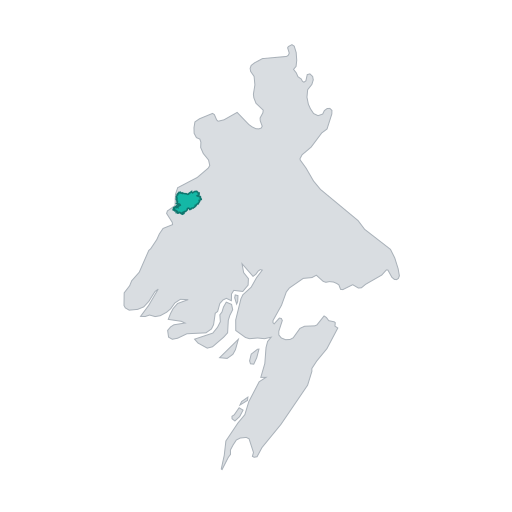 Chuadanga, Khulna, Bangladesh shown in context, rotated 42°
{"feature_id": "16705992B19758630986204", "entity_name": "Chuadanga", "entity_type": "district", "adm_level": 2, "iso_a3": "BGD", "parent_name": "Bangladesh", "parent_adm1": "Khulna", "projection": "orthographic", "projection_center": [88.863, 23.601], "detail": "fine", "context": "in_parent", "style": "filled", "palette": "teal", "viewbox_px": 512, "rotation_deg": 42, "n_neighbors": 0, "source": "geoboundaries", "source_scale": "gbopen_adm2", "svg_char_len": 8515}
<svg xmlns="http://www.w3.org/2000/svg" viewBox="0 0 512 512"><g transform="rotate(42 256 256)"><path d="M180.2,357.6L180.1,346.2L172.6,323.6L172.9,321.1L171.3,310.2L169.4,304.2L168.5,297.7L173.0,288.5L171.2,287.0L161.1,284.2L160.0,281.8L162.1,272.7L154.9,264.1L152.1,257.6L159.8,236.9L161.7,222.5L161.1,219.7L156.5,216.4L148.2,215.1L142.3,212.4L138.9,208.3L136.0,206.7L132.5,207.9L127.9,206.2L124.1,202.2L120.9,197.2L122.2,191.8L128.3,179.1L130.5,178.8L135.7,181.2L137.7,181.2L141.1,176.2L145.9,161.9L162.6,163.1L166.6,162.7L170.7,161.5L173.0,159.7L174.3,157.4L173.8,155.4L168.7,152.7L166.7,150.7L165.3,145.0L163.8,142.8L153.8,142.5L148.6,139.9L145.8,137.5L140.7,129.6L134.4,123.8L128.5,122.4L126.1,120.5L124.9,117.6L125.7,113.3L128.7,105.0L145.2,87.2L145.7,85.3L145.0,83.0L140.2,80.1L139.9,78.7L141.3,74.9L144.0,74.5L149.7,77.9L155.4,83.4L158.9,88.3L159.0,92.2L163.5,93.0L167.2,94.7L171.1,94.2L173.6,95.1L175.3,94.8L175.9,92.5L172.7,86.9L174.2,84.6L178.0,84.7L180.7,86.8L182.7,91.1L183.1,97.8L187.6,103.9L193.4,108.2L198.0,110.2L203.5,111.6L208.2,110.2L210.6,105.9L209.5,102.2L210.2,98.8L212.1,96.9L215.0,97.0L217.3,99.7L223.8,114.1L222.5,120.6L224.1,138.2L222.5,149.9L223.6,154.3L224.7,155.1L234.4,157.2L248.6,161.8L259.4,163.4L308.2,161.4L318.9,163.5L351.5,161.1L360.4,164.6L370.2,170.4L375.8,174.8L376.8,177.3L376.3,179.5L374.5,180.8L371.2,180.9L363.4,178.2L362.2,179.1L362.2,186.0L356.4,203.7L355.6,209.1L353.5,211.3L347.1,212.6L343.0,222.9L341.2,224.2L336.9,222.0L334.3,222.4L331.0,223.5L327.7,225.9L325.5,228.8L322.9,229.9L313.7,229.9L312.0,234.6L306.1,241.0L302.2,257.5L302.6,262.5L307.9,275.5L311.8,292.5L313.2,294.2L314.9,294.3L314.9,286.5L316.6,285.5L318.7,286.3L323.3,296.7L325.8,299.4L329.6,300.0L334.0,298.4L337.2,295.2L338.4,291.9L337.1,280.4L339.1,275.7L346.4,268.6L347.4,266.5L346.7,255.0L349.5,254.6L353.3,255.4L358.1,252.6L359.5,252.5L361.6,255.3L365.0,254.8L370.7,277.4L371.4,293.4L372.8,302.3L374.7,304.3L380.8,317.5L387.2,364.5L388.6,394.3L391.1,404.5L389.3,406.8L387.4,407.3L385.6,403.7L373.2,396.5L370.2,397.3L366.1,401.8L364.5,405.9L365.4,411.7L366.8,417.3L369.8,420.5L370.1,424.0L373.7,437.4L372.7,437.5L365.8,425.4L357.4,413.6L354.3,392.1L353.9,381.4L348.1,369.0L342.5,347.3L344.6,339.5L340.8,343.0L334.5,330.0L324.7,317.3L321.8,311.7L321.6,306.2L317.6,311.8L312.1,315.8L306.5,321.8L302.7,323.6L290.8,324.9L283.7,317.1L273.5,298.0L272.2,293.7L273.3,282.4L270.9,271.7L270.1,262.3L268.3,263.2L267.7,265.8L268.1,269.7L267.4,273.1L250.8,271.1L257.9,276.6L265.5,277.9L269.6,282.9L269.9,291.2L262.5,296.4L263.2,300.6L267.6,305.7L262.3,307.3L260.9,310.7L260.9,315.5L264.6,322.9L264.0,325.8L270.4,335.4L271.7,340.0L270.2,346.6L256.7,360.0L252.8,369.5L249.5,373.9L245.3,374.8L240.1,370.4L240.0,365.8L241.0,362.1L248.1,353.3L244.2,354.5L233.2,361.8L231.0,356.0L229.6,350.5L229.5,343.8L234.8,333.8L228.8,338.8L227.1,345.1L227.9,352.4L227.2,357.6L224.8,364.4L221.6,368.5L216.4,371.1L214.1,375.2L210.6,378.1L209.3,364.5L205.5,346.0L204.7,350.0L206.7,361.4L206.6,368.9L203.8,374.8L198.0,381.1L193.6,382.0L191.0,381.1L182.7,371.6L182.0,362.6L180.2,357.6ZM281.4,357.1L271.2,359.5L266.0,358.9L275.5,342.2L275.1,334.7L273.5,328.7L268.5,323.9L268.2,320.4L266.0,315.7L264.8,310.2L270.2,308.3L274.6,311.5L276.3,317.7L278.5,322.4L286.3,332.1L286.3,338.0L284.4,352.6L281.4,357.1ZM303.1,351.4L297.0,355.9L298.6,329.7L303.4,339.4L304.6,344.5L303.1,351.4ZM326.7,337.9L324.0,339.8L321.4,338.2L318.1,332.1L319.5,324.3L320.5,323.2L324.6,331.1L326.7,337.9ZM350.7,392.7L347.1,393.0L345.4,391.2L346.1,388.6L345.0,380.1L349.5,379.2L351.3,386.2L350.7,392.7ZM346.3,369.0L343.8,377.5L342.7,373.8L344.4,366.3L346.3,369.0ZM272.8,302.0L273.8,304.7L268.1,301.3L266.6,298.8L269.1,297.5L272.8,302.0Z" fill="#d9dde1" stroke="#a8b0b8" stroke-width="1"/><path d="M178.1,255.5L177.6,254.6L177.7,253.7L177.5,253.3L177.5,253.0L177.4,252.9L176.9,252.8L176.6,252.8L176.5,252.7L176.8,252.4L177.1,251.5L177.2,251.3L177.3,251.1L177.3,250.9L177.5,250.6L177.4,250.5L177.2,250.5L177.1,250.8L176.8,250.7L176.4,250.6L176.2,250.5L176.1,250.4L175.8,250.4L175.7,250.3L175.8,250.2L175.7,250.2L175.7,249.9L175.6,249.6L175.2,249.2L174.7,249.1L174.4,249.3L174.1,249.6L173.7,249.5L173.6,249.9L173.3,249.8L173.1,250.2L172.8,250.4L172.4,250.7L172.0,250.7L171.9,250.7L172.2,249.6L172.5,248.8L172.6,248.7L172.5,248.3L172.4,248.2L172.2,248.0L172.0,247.9L171.7,247.3L171.5,247.2L171.1,247.9L170.9,248.0L170.1,247.6L169.8,247.6L169.2,247.8L169.0,247.6L168.8,247.7L168.7,247.6L168.2,247.9L168.1,248.4L167.4,248.8L167.3,249.3L166.9,250.2L166.6,251.5L166.3,251.4L165.4,251.7L165.1,251.4L165.1,251.5L164.9,251.7L164.9,251.8L164.8,252.4L164.7,252.5L164.8,253.4L164.6,253.6L164.4,253.6L164.3,254.0L164.4,254.3L164.3,254.7L164.5,254.7L164.5,254.9L164.5,255.1L164.5,255.3L164.4,255.4L164.3,255.6L164.2,255.7L164.0,256.0L163.5,256.2L163.1,256.2L162.9,256.3L162.7,256.3L162.4,256.4L161.9,257.0L161.7,257.0L161.3,257.4L160.2,258.0L159.6,258.2L159.5,258.6L159.4,258.6L159.4,258.8L159.2,258.8L159.0,258.6L158.7,259.2L158.6,259.3L158.4,259.3L158.1,259.2L157.9,259.5L157.4,259.2L157.1,259.2L157.1,259.3L157.0,259.6L156.7,259.7L156.5,259.9L156.8,260.0L156.5,260.3L156.4,260.4L156.4,260.8L156.5,260.8L156.8,260.9L156.6,260.9L156.6,261.1L156.2,261.2L156.2,261.4L156.2,261.7L156.3,261.6L156.3,261.8L156.6,261.8L156.4,262.2L156.2,262.5L156.2,262.9L156.6,262.9L156.6,263.0L156.9,263.3L156.7,263.6L157.1,264.7L157.0,265.0L157.4,265.3L157.4,265.6L157.8,265.7L158.2,265.6L158.7,266.0L158.9,266.3L158.9,266.6L158.8,266.8L159.1,266.7L159.3,267.1L159.5,267.1L159.5,267.5L160.1,267.6L160.5,268.1L160.8,267.9L161.1,267.9L161.5,268.5L161.4,268.9L161.5,269.0L161.6,268.9L162.2,269.5L162.3,269.7L162.1,269.9L162.1,270.0L162.3,269.9L162.2,270.0L162.3,270.0L162.3,269.9L162.4,269.7L162.9,270.0L163.3,270.0L163.3,269.8L163.1,269.7L163.2,269.3L163.3,269.3L163.6,269.8L163.9,269.9L164.1,269.9L163.9,269.5L163.7,269.4L163.8,268.9L164.6,268.5L164.8,268.2L164.7,268.4L164.6,268.7L164.6,268.9L164.8,268.8L164.9,268.6L165.1,268.5L165.6,268.8L165.4,269.0L165.5,269.2L165.2,269.6L165.6,269.5L165.5,269.8L165.2,269.9L164.9,270.5L164.9,270.8L165.0,270.9L165.1,271.0L164.9,271.2L165.0,271.4L165.1,271.5L165.0,271.8L165.1,272.0L165.3,272.2L165.1,272.2L165.1,272.3L165.1,272.2L164.9,272.4L164.9,272.2L164.7,272.2L164.6,272.4L164.6,272.5L164.5,272.4L164.4,272.6L164.5,272.6L164.4,272.6L164.5,272.4L164.1,272.2L163.9,272.1L164.0,271.9L163.9,271.9L163.8,272.1L163.7,271.9L163.6,272.0L163.5,271.9L163.5,272.0L163.4,272.0L163.4,272.7L163.3,272.9L163.3,273.0L163.2,273.1L163.2,273.5L163.1,273.4L163.0,273.6L162.9,274.1L163.1,274.2L163.1,274.3L163.3,274.4L163.0,274.7L162.7,274.8L162.6,275.1L162.9,275.3L162.8,275.5L163.0,275.7L163.0,275.9L163.2,276.0L163.2,275.8L163.4,275.8L163.3,276.0L163.2,276.2L163.1,276.3L163.1,276.5L163.3,276.7L163.6,276.9L163.6,277.0L163.8,276.9L164.1,276.6L164.1,276.9L163.9,277.3L164.2,277.0L164.3,276.8L164.5,276.5L164.5,276.3L164.6,276.2L164.8,276.2L164.9,276.4L165.0,276.6L165.0,276.8L165.3,276.9L165.5,276.8L165.9,276.3L165.9,275.9L166.0,275.8L166.4,275.7L166.5,275.8L166.5,276.0L167.1,276.6L167.1,276.4L167.3,276.2L167.4,275.7L167.5,275.6L167.6,275.8L167.6,276.0L167.9,276.3L168.3,276.3L168.6,276.6L168.8,276.1L168.8,276.5L168.7,276.6L168.9,276.5L169.1,276.5L169.2,276.2L169.1,276.3L169.2,276.0L169.4,275.9L169.5,276.0L169.6,275.8L169.5,275.7L169.8,275.7L169.9,275.1L170.0,274.8L169.9,274.7L170.0,274.6L170.4,274.5L170.7,274.6L170.8,274.5L170.9,274.4L171.0,274.5L171.1,274.4L171.4,274.4L171.5,274.6L172.3,274.6L172.4,274.2L172.0,274.2L171.9,274.2L172.0,274.0L172.1,273.9L172.4,273.8L172.6,274.2L173.4,274.2L173.5,274.0L173.2,273.6L173.4,273.2L173.4,272.9L173.7,273.1L173.9,273.0L174.0,272.6L173.9,272.5L173.8,272.3L173.4,272.2L172.9,272.3L172.4,272.5L172.4,272.4L172.5,272.2L173.1,272.0L173.1,271.6L173.0,271.3L173.0,271.1L173.4,271.2L173.5,270.8L173.4,270.6L173.7,270.3L174.0,269.8L173.9,269.4L173.9,268.8L173.8,268.6L174.1,267.9L173.9,267.5L173.7,267.2L173.4,267.0L173.3,266.6L173.3,266.4L173.4,266.2L173.6,266.1L173.7,265.9L173.7,265.7L174.1,265.4L174.4,265.4L174.5,265.5L174.8,265.3L175.1,265.5L175.3,265.5L175.6,265.8L175.8,265.8L175.9,265.6L175.8,265.4L175.8,265.2L175.9,264.9L176.0,264.9L176.1,264.4L176.4,264.2L176.2,264.0L176.1,263.9L176.2,263.5L176.5,263.1L177.1,262.4L177.2,262.2L177.3,262.2L177.3,261.7L177.5,261.1L177.7,260.7L177.6,260.1L177.4,259.7L177.6,259.8L177.7,259.3L177.8,258.8L177.5,258.0L177.5,257.8L177.6,257.5L177.6,257.3L177.5,257.2L177.6,256.8L177.5,256.6L177.7,255.6L177.9,255.5L178.1,255.5Z" fill="#14b8a6" stroke="#0f766e" stroke-width="1.5"/></g></svg>